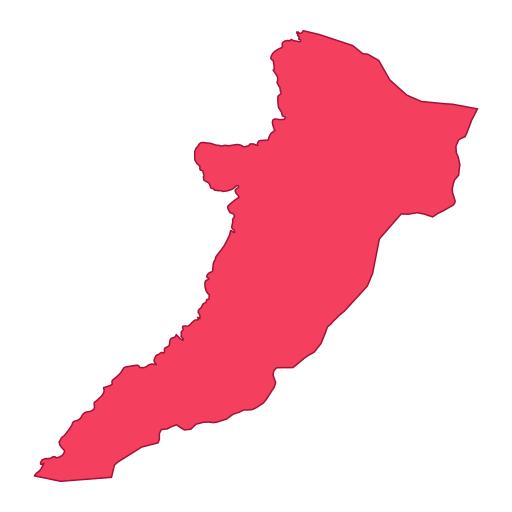 outline of Dalipebinaw, Federated States of Micronesia
{"feature_id": "79324940B90066431308454", "entity_name": "Dalipebinaw", "entity_type": "district", "adm_level": 2, "iso_a3": "FSM", "parent_name": "Federated States of Micronesia", "parent_adm1": "", "projection": "albers", "projection_center": [138.079, 9.514], "detail": "fine", "context": "isolated", "style": "filled", "palette": "rose", "viewbox_px": 512, "rotation_deg": 0, "n_neighbors": 0, "source": "geoboundaries", "source_scale": "gbopen_adm2", "svg_char_len": 6009}
<svg xmlns="http://www.w3.org/2000/svg" viewBox="0 0 512 512"><path d="M477.5,108.9L452.4,104.2L445.6,103.8L421.4,101.5L406.7,95.1L389.7,79.8L378.8,60.5L367.7,54.2L362.6,53.6L352.8,45.6L319.2,34.5L303.2,30.7L302.2,32.2L301.3,33.1L299.9,33.4L298.9,32.9L298.4,32.1L296.8,32.1L296.9,33.4L298.1,34.0L297.6,35.4L299.2,37.0L298.7,38.5L299.0,39.4L300.5,39.7L300.6,41.1L299.5,41.8L298.2,41.5L296.3,41.1L293.2,40.6L292.6,40.1L291.5,39.5L290.3,40.1L289.4,41.0L288.7,40.6L287.5,40.4L286.7,40.9L285.0,40.9L283.9,41.6L282.9,42.4L282.2,43.4L282.4,46.0L281.8,47.6L279.5,48.5L277.7,49.5L274.9,51.2L273.0,53.1L271.8,55.0L271.2,56.2L270.8,58.3L271.2,59.1L272.1,60.0L273.0,60.5L273.3,61.3L273.5,62.2L274.2,66.5L274.0,69.4L273.8,69.8L273.2,70.1L273.3,70.5L275.3,73.3L277.2,76.3L277.6,77.5L277.7,78.7L277.6,80.5L277.0,82.2L277.4,83.4L278.7,85.8L279.2,86.7L279.6,87.0L279.9,87.5L280.3,90.7L281.1,92.7L281.1,93.3L280.7,93.9L278.4,95.7L278.0,96.4L277.9,97.0L277.8,99.4L277.9,102.0L278.4,106.6L278.7,107.9L281.5,112.2L281.7,113.7L282.4,115.4L282.3,115.8L284.8,116.9L285.4,117.3L285.5,117.7L285.1,118.3L284.7,118.9L284.1,119.3L281.6,119.6L279.0,119.5L275.5,119.0L274.4,119.1L273.5,119.5L273.0,120.0L272.6,120.9L272.4,122.7L272.8,125.0L273.6,127.5L274.8,130.4L274.4,130.9L273.0,131.7L271.2,133.2L269.8,135.3L268.9,137.4L268.5,139.0L268.4,139.7L268.0,140.0L265.5,140.2L260.7,140.5L259.1,140.9L258.6,141.4L257.4,143.3L257.6,145.3L256.7,145.2L253.6,144.0L251.3,143.9L249.8,144.1L249.0,145.3L248.3,145.9L246.3,146.3L245.2,146.7L244.2,146.9L243.2,146.5L241.4,145.4L238.5,144.6L237.3,144.5L236.1,144.6L229.0,145.7L224.5,145.3L221.3,146.2L218.9,145.3L216.4,145.2L210.5,143.3L207.6,143.1L205.2,142.7L203.1,142.4L200.6,142.9L198.8,144.4L197.9,146.4L196.4,147.8L196.1,148.1L194.7,151.7L194.7,157.4L194.9,160.2L196.1,162.0L197.0,163.6L200.0,166.4L199.8,168.4L200.2,169.9L202.9,170.9L203.1,172.5L204.2,175.6L203.4,176.9L203.6,178.9L203.9,180.1L205.3,181.1L206.9,181.9L208.9,183.1L209.8,185.0L210.5,187.0L210.9,188.0L213.4,188.8L214.7,190.2L218.5,190.7L221.3,190.7L222.8,191.5L227.5,190.8L230.5,189.9L232.9,188.8L234.8,187.3L236.8,185.6L237.7,185.6L238.3,185.8L238.7,186.6L238.6,187.0L238.3,187.5L237.9,187.8L236.0,189.1L235.4,189.7L235.2,190.4L235.2,191.1L235.8,192.8L238.6,196.1L238.9,196.9L238.6,197.5L235.1,199.9L231.6,202.7L228.4,205.6L227.6,206.7L228.2,209.5L228.6,210.2L230.0,212.6L233.3,213.8L234.6,215.5L234.1,217.3L232.7,219.2L232.7,222.1L231.7,226.7L231.9,227.9L232.4,228.7L233.9,230.0L234.4,231.0L234.6,232.1L234.3,232.4L233.5,232.3L231.3,230.6L230.9,230.5L230.5,231.0L229.5,235.2L226.9,240.6L224.1,245.9L223.1,247.2L221.3,249.8L219.7,251.7L216.8,255.5L215.5,257.6L215.4,258.0L215.6,258.7L213.8,262.1L213.3,263.4L212.9,267.2L212.8,269.6L212.6,270.9L212.1,271.6L209.4,272.7L208.0,273.9L207.1,275.2L206.8,276.5L207.1,277.5L207.4,277.8L208.6,278.2L208.9,278.7L208.7,279.0L208.4,279.5L206.0,280.5L205.4,281.2L205.0,282.1L204.9,283.7L205.0,286.4L205.5,288.7L206.2,290.9L207.1,292.5L208.0,293.7L209.1,294.3L209.1,298.8L207.9,299.3L206.9,299.5L206.7,299.7L206.2,301.8L205.8,302.4L205.3,302.8L203.8,303.5L203.1,303.9L202.6,304.5L201.7,306.8L200.4,308.3L199.1,309.5L198.4,310.5L198.2,311.3L198.2,312.1L198.4,312.9L199.6,314.6L199.9,315.5L200.0,317.6L199.9,318.3L198.8,317.6L198.0,317.4L197.6,317.6L198.3,318.8L198.4,319.5L197.9,319.8L195.4,320.0L194.4,320.4L193.2,321.4L189.5,325.1L188.4,326.0L187.5,326.2L184.9,326.0L182.9,326.2L182.6,326.6L182.6,327.2L183.1,329.5L182.7,330.5L181.6,331.4L181.2,332.0L181.3,334.5L181.1,336.5L182.6,338.0L183.4,339.8L182.9,340.1L182.3,340.0L180.8,339.1L179.1,337.7L176.3,334.6L176.1,334.8L175.4,336.8L174.6,337.2L172.0,338.0L170.9,338.8L170.0,340.1L169.7,341.9L169.6,343.6L169.3,345.0L168.7,346.0L167.8,346.6L165.7,347.6L164.8,348.2L164.4,349.4L164.5,351.5L164.4,352.3L163.9,352.8L163.2,353.0L161.9,352.4L161.4,352.5L160.0,353.3L158.6,354.4L156.6,355.1L155.8,356.1L155.1,357.4L154.3,359.3L154.1,360.4L154.1,361.3L154.5,362.1L156.1,364.0L156.1,364.5L155.3,364.5L153.7,364.2L151.7,364.0L150.0,364.4L148.4,365.1L146.7,366.4L144.8,367.4L142.9,367.7L140.2,367.6L139.7,367.3L139.0,366.1L138.4,365.6L137.9,365.3L137.2,365.2L134.4,365.5L127.1,366.7L125.1,367.1L124.0,367.7L123.2,368.8L121.0,372.3L119.9,373.7L116.4,377.0L112.7,380.0L112.3,380.5L111.9,381.8L111.9,382.3L112.3,383.8L112.1,384.3L110.1,385.5L107.6,386.4L103.7,387.6L103.6,388.0L103.6,388.6L104.1,389.8L104.1,391.2L103.7,392.6L102.6,394.5L101.4,396.2L100.4,397.2L99.3,398.1L96.4,400.9L94.8,401.9L94.3,402.6L94.1,404.0L94.5,407.2L94.3,408.2L93.8,409.2L92.9,410.0L90.9,411.2L86.0,412.1L84.0,413.2L82.5,414.7L81.8,416.2L80.1,418.7L77.1,420.6L73.8,421.4L72.7,422.6L71.8,425.3L68.7,430.0L64.3,435.6L61.6,437.6L59.1,442.1L60.1,445.6L62.4,448.5L64.3,450.2L64.4,452.2L62.1,455.7L58.6,457.3L57.0,457.6L56.2,457.7L55.3,456.9L53.3,456.6L50.5,458.3L47.7,458.6L45.3,458.6L42.0,460.0L40.5,462.7L40.8,464.2L42.3,464.6L44.0,462.9L42.6,466.0L40.8,469.2L39.0,471.2L36.3,473.4L34.7,475.3L34.5,475.9L60.6,481.3L111.5,477.3L114.4,465.1L117.9,462.0L141.6,447.1L158.1,442.8L159.4,439.4L159.4,433.5L161.3,429.5L167.4,428.9L171.3,426.7L176.6,424.8L180.6,427.7L184.4,429.9L190.7,429.3L196.0,424.2L203.8,422.2L206.5,422.2L208.5,421.9L210.9,422.4L213.9,422.6L217.3,422.0L221.0,420.8L226.5,419.1L233.2,414.2L239.0,412.3L243.9,409.9L247.5,410.0L252.2,409.6L256.0,407.8L259.1,405.8L263.4,403.0L266.1,399.7L270.1,393.5L274.2,387.2L275.7,382.6L273.1,375.2L273.7,371.1L276.1,368.2L277.4,367.7L293.0,367.6L306.2,356.7L314.3,352.0L320.9,343.7L325.5,332.5L327.4,327.0L331.0,323.9L332.9,321.6L336.1,318.6L338.7,315.9L341.2,313.7L344.4,311.1L367.4,286.0L372.6,273.4L379.4,238.9L401.2,213.9L408.3,214.2L417.2,212.7L423.8,214.0L428.6,215.6L432.7,216.9L437.8,213.5L444.0,210.4L452.7,205.4L454.0,204.2L455.0,202.4L455.1,200.8L452.6,192.8L452.2,188.8L452.8,186.7L453.1,184.3L454.8,179.5L455.8,178.5L458.7,175.1L459.2,169.0L459.9,164.9L458.3,157.4L456.3,152.7L455.9,146.4L458.4,140.3L460.6,138.6L465.1,136.7L466.8,133.0L471.8,119.8L477.5,108.9Z" fill="#f43f5e" stroke="#9f1239" stroke-width="1.5"/></svg>